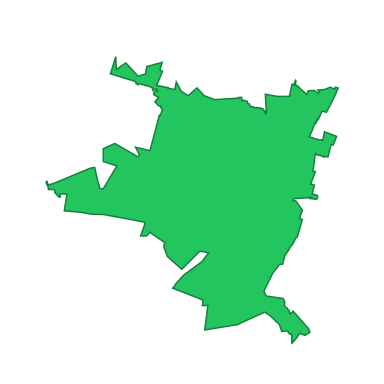 Charcas, San Luis Potosí, Mexico (orthographic projection), rotated 282°
{"feature_id": "50627088B65419773344974", "entity_name": "Charcas", "entity_type": "district", "adm_level": 2, "iso_a3": "MEX", "parent_name": "Mexico", "parent_adm1": "San Luis Potosí", "projection": "orthographic", "projection_center": [-101.043, 23.271], "detail": "fine", "context": "isolated", "style": "filled", "palette": "green", "viewbox_px": 384, "rotation_deg": 282, "n_neighbors": 0, "source": "geoboundaries", "source_scale": "gbopen_adm2", "svg_char_len": 5664}
<svg xmlns="http://www.w3.org/2000/svg" viewBox="0 0 384 384"><g transform="rotate(282 192 192)"><path d="M308.5,89.3L290.6,87.6L288.4,113.1L287.6,114.3L286.9,114.4L286.7,114.7L286.4,114.9L286.4,115.3L286.5,115.4L286.5,115.8L286.3,116.0L286.1,116.0L286.0,116.3L285.9,116.3L285.9,116.2L285.6,116.4L285.7,116.7L285.9,117.1L286.4,117.3L286.6,117.5L287.0,118.2L287.1,118.6L287.1,118.8L286.9,119.2L287.0,119.5L286.9,119.8L286.9,120.2L286.7,120.8L286.7,121.1L286.7,121.4L286.7,122.0L286.8,122.5L286.7,123.0L286.5,123.5L286.5,124.4L286.3,124.7L286.4,124.8L286.4,125.2L286.5,125.3L286.6,125.7L286.8,126.4L286.6,126.8L286.6,127.1L286.4,128.3L286.3,128.7L286.2,129.5L286.1,129.9L285.7,130.9L285.6,131.1L285.5,131.3L285.8,131.5L285.6,131.7L285.2,131.6L284.6,132.1L284.4,132.1L283.7,132.5L283.3,132.6L283.8,133.0L284.0,133.3L284.3,133.6L284.4,133.8L284.4,134.1L284.6,134.3L284.9,135.0L285.1,135.2L285.3,135.6L285.5,135.9L283.9,136.7L283.5,137.2L283.3,136.5L282.9,134.9L282.0,134.3L280.7,134.0L280.2,134.0L279.8,134.1L279.6,134.5L278.9,135.1L278.7,135.5L278.7,136.8L277.7,138.9L277.2,139.7L276.3,139.1L272.5,136.9L269.3,141.6L269.3,143.8L268.4,143.8L267.2,144.8L266.4,145.9L260.4,145.1L260.4,144.1L223.7,142.3L224.1,127.5L217.4,132.8L217.0,132.7L216.9,132.7L215.2,131.7L223.4,106.5L216.0,96.2L203.3,98.9L201.9,113.1L176.4,104.4L176.5,100.2L178.8,100.0L182.2,98.0L195.8,91.7L194.0,87.3L171.5,54.7L169.3,50.6L169.8,49.4L170.2,48.9L171.0,48.5L171.8,48.4L172.2,48.1L172.1,47.4L170.9,47.6L169.8,47.9L168.8,48.7L167.1,50.3L165.9,50.6L164.6,51.0L164.5,51.7L165.5,52.5L165.2,54.4L165.3,54.8L165.6,54.8L165.3,57.3L163.2,57.8L162.8,57.9L162.5,58.5L161.6,59.8L161.6,60.1L160.2,61.4L159.7,62.8L159.5,63.2L159.3,63.6L159.4,63.9L159.7,64.2L160.6,64.3L160.8,63.7L161.3,63.0L161.5,62.8L162.5,63.5L162.8,63.6L163.9,69.9L163.3,70.1L147.0,71.0L148.9,86.3L149.2,89.7L149.1,91.9L149.3,97.2L151.6,110.5L151.7,113.0L151.7,116.0L152.2,132.1L152.3,135.0L152.6,151.6L151.2,152.6L138.3,150.9L139.7,156.8L143.8,159.2L136.9,175.8L132.4,175.8L123.6,181.6L114.3,198.1L135.7,211.9L136.0,216.5L136.0,220.9L125.7,216.0L108.8,201.0L98.0,194.8L97.3,195.0L93.9,193.1L88.6,225.3L83.1,225.7L83.5,227.8L84.4,231.1L67.4,232.5L59.7,233.1L63.9,244.0L70.1,259.7L71.8,264.2L71.9,264.5L72.1,264.6L74.0,267.1L74.7,267.2L75.1,268.5L89.6,288.1L87.2,294.4L84.1,299.2L80.5,305.0L74.2,308.8L76.0,313.8L75.3,314.9L74.9,315.4L74.3,315.8L73.9,316.2L73.4,317.4L73.3,317.9L73.8,318.6L73.5,319.0L72.7,319.2L72.5,319.3L68.9,320.1L66.2,320.7L65.3,321.0L64.9,321.3L65.1,321.4L65.4,321.6L66.5,322.2L67.1,322.5L69.8,324.0L71.0,324.6L72.9,325.4L74.0,325.7L76.3,327.2L75.2,332.2L79.4,336.6L82.4,334.6L96.5,315.7L93.0,313.3L95.9,311.7L96.6,311.4L97.6,309.5L98.0,309.4L98.3,309.1L98.9,307.2L99.8,306.4L100.1,306.0L103.8,305.6L104.6,304.8L105.9,304.0L106.8,303.4L105.7,286.2L110.0,283.0L129.5,287.9L139.5,292.8L140.1,295.6L149.1,296.1L154.9,298.4L155.3,298.6L155.7,298.9L156.7,299.1L157.4,299.1L157.8,299.3L158.2,299.3L158.6,299.6L159.5,300.0L160.2,300.6L162.1,301.4L162.9,301.2L163.4,301.7L164.5,302.1L165.4,302.4L166.5,302.4L167.1,302.6L168.6,303.0L169.6,304.3L171.1,304.5L188.1,305.6L188.7,302.7L197.3,303.7L197.6,303.6L197.9,303.2L197.9,302.9L198.4,302.4L198.8,301.8L204.1,296.4L204.7,295.5L204.9,292.6L206.6,292.7L209.4,302.9L211.6,309.5L210.2,308.6L210.7,315.1L211.5,315.8L212.0,316.0L213.4,315.9L214.7,315.4L215.1,310.0L220.2,310.1L224.2,310.4L224.4,306.4L234.6,308.0L237.6,308.3L237.3,306.0L239.6,305.9L240.2,305.8L241.9,305.7L242.2,305.7L255.8,304.6L255.6,304.6L255.4,304.8L255.2,304.9L255.3,305.0L255.1,305.1L255.1,305.3L255.1,305.5L254.9,305.8L254.8,306.0L254.6,306.1L254.5,306.4L254.4,306.5L254.4,306.9L254.4,307.0L254.2,307.7L254.3,307.7L254.2,308.0L254.3,308.1L254.3,308.3L254.3,308.7L254.4,309.0L254.4,309.4L254.5,309.8L254.3,310.7L254.2,310.8L254.2,311.0L254.1,311.4L254.1,311.5L254.1,311.8L253.9,312.0L254.0,312.1L254.1,312.3L253.9,312.7L254.0,312.8L253.9,312.9L253.8,313.2L253.6,313.7L254.3,313.7L254.5,317.7L267.4,318.2L267.2,320.3L276.4,321.9L278.5,309.1L269.7,309.2L270.0,308.4L269.9,306.9L269.8,306.4L269.4,305.8L269.5,304.6L269.7,304.4L269.8,304.0L269.7,303.6L269.4,303.4L269.9,300.3L270.4,295.2L276.8,296.7L284.6,297.9L284.4,298.5L285.5,299.2L285.8,298.6L288.0,299.1L288.1,300.0L288.7,300.0L288.8,299.3L289.8,299.5L289.7,300.6L290.2,300.6L291.1,300.8L291.3,300.7L291.5,301.3L291.5,301.2L291.8,301.0L298.2,302.4L297.9,306.8L306.1,309.3L316.4,311.9L324.1,313.3L324.3,310.3L322.2,310.3L323.3,305.4L319.9,300.6L317.8,293.8L316.6,295.8L314.8,294.7L316.8,290.4L315.2,284.7L311.3,284.0L316.4,274.9L316.7,275.0L316.7,274.9L316.8,274.3L317.1,274.0L317.2,273.8L317.5,273.5L317.2,273.3L317.4,272.8L318.5,271.2L317.8,271.0L317.7,270.4L319.1,270.7L319.2,270.4L321.4,270.8L322.6,270.4L322.8,270.1L317.9,269.3L318.2,268.4L318.1,268.2L318.1,267.9L318.3,267.8L318.4,267.5L317.6,267.4L305.8,267.4L303.3,256.0L302.9,243.4L284.6,248.4L283.8,247.4L284.5,247.2L285.1,246.7L285.6,246.8L286.4,246.3L286.5,246.0L286.7,245.2L287.0,244.9L287.8,244.7L287.9,244.2L288.1,243.7L287.8,243.0L288.1,242.8L288.5,242.0L288.4,241.3L288.1,240.3L288.3,239.5L288.0,238.9L288.0,238.2L288.2,237.8L287.8,237.5L287.6,236.3L287.3,235.6L287.4,235.3L287.7,235.1L288.1,234.3L287.9,233.9L288.1,233.3L288.0,232.8L287.8,232.5L288.0,231.9L287.8,231.2L289.9,230.1L290.5,227.7L292.1,227.3L292.6,223.4L291.6,221.9L294.9,220.9L294.6,220.1L294.6,219.6L294.2,218.6L294.2,217.9L293.4,217.7L287.1,195.0L288.8,183.8L294.9,175.2L285.4,168.2L288.4,160.4L296.4,153.7L288.7,153.9L288.5,147.0L289.1,147.0L288.9,135.3L303.9,138.1L304.8,135.3L312.6,135.9L305.3,121.6L297.9,122.0L294.1,115.1L304.5,100.4L296.2,92.5L308.5,89.3Z" fill="#22c55e" stroke="#15803d" stroke-width="1.5"/></g></svg>